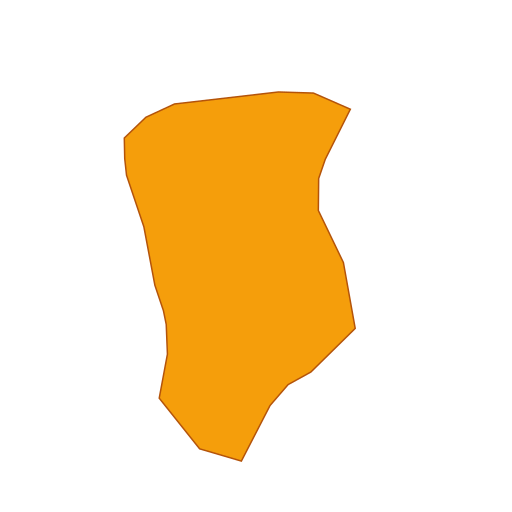 outline of Sodražica, rotated 242°
{"feature_id": "SVN-248", "entity_name": "Sodražica", "entity_type": "Municipality", "adm_level": 1, "iso_a3": "SVN", "parent_name": "Slovenia", "parent_adm1": "", "projection": "natural_earth1", "projection_center": [14.618, 45.75], "detail": "fine", "context": "isolated", "style": "filled", "palette": "amber", "viewbox_px": 512, "rotation_deg": 242, "n_neighbors": 0, "source": "natural_earth", "source_scale": "10m", "svg_char_len": 470}
<svg xmlns="http://www.w3.org/2000/svg" viewBox="0 0 512 512"><g transform="rotate(242 256 256)"><path d="M112.2,115.7L175.9,103.8L210.9,131.7L237.7,144.6L251.2,148.6L277.7,153.0L334.4,170.7L388.1,179.6L403.6,185.8L422.0,195.1L430.2,223.9L428.5,255.4L390.3,352.8L372.9,383.2L341.3,408.2L308.9,362.6L295.0,347.7L266.9,332.4L209.2,330.1L145.5,309.6L127.8,250.0L127.4,224.0L117.4,198.2L81.8,146.8L112.2,115.7Z" fill="#f59e0b" stroke="#b45309" stroke-width="1.5"/></g></svg>